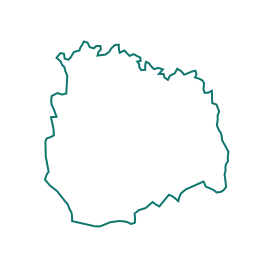 Cunha Porã, Santa Catarina, Brazil (Natural Earth projection), rotated 77°
{"feature_id": "56859067B33782804685423", "entity_name": "Cunha Porã", "entity_type": "district", "adm_level": 2, "iso_a3": "BRA", "parent_name": "Brazil", "parent_adm1": "Santa Catarina", "projection": "natural_earth1", "projection_center": [-53.207, -26.879], "detail": "fine", "context": "isolated", "style": "outline", "palette": "teal", "viewbox_px": 256, "rotation_deg": 77, "n_neighbors": 0, "source": "geoboundaries", "source_scale": "gbopen_adm2", "svg_char_len": 1876}
<svg xmlns="http://www.w3.org/2000/svg" viewBox="0 0 256 256"><g transform="rotate(77 128 128)"><path d="M137.1,214.5L152.9,215.2L155.0,217.7L159.7,220.5L166.8,216.8L169.5,214.5L173.5,211.3L185.3,205.8L188.7,203.9L194.0,203.2L197.6,202.1L201.0,202.3L206.2,203.4L214.7,185.7L216.3,182.5L217.6,177.4L216.6,171.2L215.8,166.3L216.2,162.0L216.7,157.4L218.1,152.9L219.6,149.7L222.2,146.6L221.8,142.6L217.0,141.3L212.9,140.9L210.5,135.8L209.9,128.7L205.7,120.7L208.8,118.1L211.5,115.1L202.3,103.2L204.4,100.2L206.9,98.1L210.6,95.4L207.1,93.6L203.7,91.2L200.9,85.7L197.1,66.4L202.6,65.4L205.2,61.7L208.2,58.1L210.7,56.2L211.2,52.2L210.2,49.0L207.4,45.6L194.7,44.3L191.8,42.6L188.5,42.0L185.4,40.8L182.9,38.1L178.7,37.3L173.7,35.5L160.8,39.1L156.6,38.5L153.5,38.7L150.3,40.0L145.5,40.8L139.9,38.7L136.0,37.9L132.4,35.5L128.7,36.0L125.1,36.5L122.7,40.3L118.3,39.5L114.6,38.7L110.7,37.9L111.6,41.5L111.1,45.3L107.9,45.8L105.0,45.0L101.6,43.8L98.5,44.7L96.0,47.5L93.8,51.3L91.0,49.2L87.4,49.4L87.3,53.0L88.0,56.7L88.7,61.3L84.5,63.4L81.4,66.7L85.2,70.1L86.5,75.4L90.1,78.3L87.0,81.1L83.4,81.1L82.3,85.7L78.7,80.8L76.2,85.0L76.6,89.3L73.0,91.6L69.4,93.1L67.6,95.7L71.0,97.2L75.2,98.1L74.6,102.1L71.1,103.4L68.3,102.7L65.4,104.0L65.4,100.6L62.1,100.2L60.0,102.9L57.3,105.9L58.1,110.2L54.8,112.3L51.7,114.0L52.8,119.2L48.9,119.1L44.8,118.3L44.2,121.9L46.5,126.2L49.7,129.4L51.4,133.5L50.9,137.8L50.6,141.4L47.2,139.6L45.4,136.8L42.0,136.4L40.9,140.3L42.7,143.3L40.6,147.1L35.8,148.2L33.8,151.5L36.7,154.0L38.9,156.3L41.5,157.9L41.8,163.6L46.1,167.8L48.1,170.6L46.2,174.1L41.2,173.7L39.8,177.0L43.5,181.8L47.9,178.7L51.7,178.0L54.4,176.3L58.1,176.3L63.4,175.4L80.5,180.4L80.6,184.6L78.1,188.9L79.6,195.1L84.0,196.7L88.2,197.2L92.9,196.1L101.0,195.1L100.1,200.6L112.2,200.8L118.5,201.9L119.4,205.3L119.9,209.6L122.5,211.5L137.1,214.5Z" fill="none" stroke="#0f766e" stroke-width="2"/></g></svg>